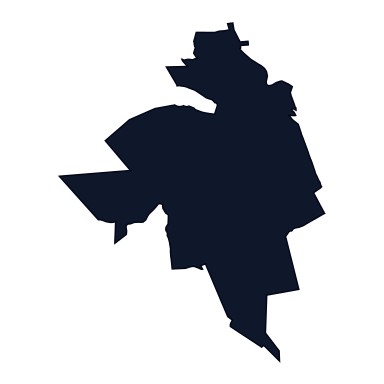 the district of Santa María Atzompa, Oaxaca, Mexico
{"feature_id": "50627088B80328221498252", "entity_name": "Santa María Atzompa", "entity_type": "district", "adm_level": 2, "iso_a3": "MEX", "parent_name": "Mexico", "parent_adm1": "Oaxaca", "projection": "mercator", "projection_center": [-96.781, 17.085], "detail": "fine", "context": "isolated", "style": "filled", "palette": "ink", "viewbox_px": 384, "rotation_deg": 0, "n_neighbors": 0, "source": "geoboundaries", "source_scale": "gbopen_adm2", "svg_char_len": 4828}
<svg xmlns="http://www.w3.org/2000/svg" viewBox="0 0 384 384"><path d="M248.0,41.3L240.1,42.0L233.9,29.9L232.8,23.0L227.6,23.7L229.4,29.9L224.4,30.8L219.1,31.2L214.8,32.5L213.4,32.5L196.3,32.4L193.8,41.5L194.2,42.6L194.2,42.8L194.3,44.2L194.6,45.9L194.7,46.3L195.3,47.4L195.3,47.9L193.7,53.1L194.0,53.7L195.1,55.4L196.1,56.8L196.9,57.9L197.3,58.2L196.6,58.4L195.7,58.5L193.8,59.3L193.1,59.6L192.7,59.8L191.7,59.7L189.7,59.4L189.1,59.4L188.0,59.3L186.5,59.6L185.7,59.8L184.5,60.1L184.1,60.1L183.8,60.1L183.1,59.8L182.1,59.2L181.9,59.2L182.1,59.7L182.2,59.8L182.2,60.0L182.5,60.5L182.8,61.1L187.5,66.5L183.6,66.6L166.4,67.0L176.9,84.8L177.0,85.8L179.2,85.6L181.7,86.0L184.2,86.3L186.2,86.8L189.4,88.1L193.1,89.5L194.8,90.1L196.5,91.2L199.3,93.0L200.9,94.1L202.7,95.3L204.4,96.5L205.9,97.6L209.1,98.8L211.8,99.5L213.8,101.4L214.9,102.7L216.0,102.9L217.0,103.5L217.4,105.5L214.6,114.3L212.5,114.0L212.4,114.0L209.5,113.6L209.3,113.6L207.8,113.3L206.7,113.2L202.4,112.3L196.6,110.2L196.3,110.2L195.9,110.0L195.6,109.6L194.7,109.4L194.3,108.4L191.5,107.1L190.2,106.6L189.0,106.1L187.1,106.7L186.2,106.6L184.3,106.2L184.2,106.1L183.4,105.7L183.1,106.0L180.1,106.7L178.8,106.5L178.6,106.7L175.8,105.7L174.8,105.0L155.0,108.6L129.4,119.8L124.4,124.2L105.3,140.7L123.5,162.2L125.7,164.8L130.6,170.5L60.2,176.2L59.4,176.3L98.3,219.7L100.3,219.7L102.2,220.2L106.4,221.7L110.2,222.4L112.1,222.4L113.8,222.1L115.6,221.6L115.6,223.2L115.5,225.5L115.4,228.6L115.3,232.1L115.1,236.5L114.9,241.8L114.9,243.2L126.2,234.5L126.4,233.5L126.6,231.0L126.3,229.0L126.1,227.5L125.9,226.5L126.8,224.8L128.1,224.0L130.5,223.8L134.1,222.4L138.0,222.1L140.8,222.2L143.0,222.1L145.7,219.9L146.6,218.0L148.0,215.4L149.5,213.4L152.0,211.1L153.5,209.6L156.1,206.7L158.4,203.8L160.0,203.6L162.9,204.4L162.7,206.3L162.9,208.3L163.8,209.8L164.1,210.2L164.5,211.2L165.2,212.2L165.9,213.2L168.2,214.7L168.4,215.9L168.3,220.0L168.1,224.0L166.1,227.1L165.9,228.1L165.8,229.7L166.0,230.5L167.4,232.9L167.3,235.6L168.5,238.1L169.6,242.5L169.9,244.8L170.3,246.9L170.6,248.9L170.5,251.4L170.6,253.1L170.8,256.2L171.3,259.8L171.6,262.5L172.2,268.9L178.4,268.6L185.4,268.3L188.5,267.3L191.9,266.4L194.3,266.4L198.6,268.0L201.3,269.3L202.5,269.2L200.7,265.6L205.5,263.9L220.9,300.4L227.8,316.6L231.9,319.7L232.5,320.2L231.7,321.4L231.0,322.8L230.4,324.2L230.4,326.5L261.7,347.1L263.8,345.3L279.5,361.0L279.1,350.9L268.0,336.4L265.4,333.0L266.7,295.1L298.8,289.3L292.4,263.8L285.9,237.9L285.2,237.2L286.4,235.3L286.9,234.6L288.1,232.9L288.7,232.0L289.7,231.2L290.3,230.9L290.7,230.9L291.3,230.9L291.7,230.9L292.2,230.2L292.8,229.3L293.1,228.9L294.3,228.3L295.0,228.0L299.1,227.2L300.7,226.6L300.8,226.4L301.8,226.2L302.6,225.9L303.3,225.5L304.5,224.9L305.2,224.4L308.5,222.5L311.1,221.0L312.2,220.4L313.0,219.9L314.8,218.9L315.0,218.8L318.7,216.7L319.1,216.4L320.2,215.8L321.2,215.2L323.5,213.9L324.6,213.4L324.2,212.8L324.0,212.4L323.6,211.6L323.3,211.1L322.6,209.8L321.9,208.5L321.6,207.9L321.2,207.2L320.7,206.3L320.5,205.9L319.8,204.7L319.3,203.6L319.1,203.3L318.5,202.1L318.3,201.8L317.8,200.8L317.7,200.6L317.5,200.3L317.0,199.2L315.9,197.3L315.1,195.7L314.7,195.0L313.6,192.9L313.5,192.7L318.0,189.6L320.0,188.3L320.6,187.8L321.2,187.1L321.6,186.7L321.0,185.9L320.5,184.4L320.0,182.5L319.8,182.0L319.6,181.9L319.0,181.0L318.8,180.5L318.7,180.2L317.7,178.1L317.4,177.5L317.1,176.8L317.1,176.7L316.7,175.9L315.9,174.4L315.7,174.1L315.5,173.5L315.3,172.7L314.9,171.5L314.2,169.3L313.8,168.2L313.6,167.6L313.4,166.9L313.1,166.0L312.7,164.9L312.2,163.3L311.4,161.2L310.8,159.6L310.4,158.8L310.0,157.7L309.8,157.1L309.5,156.5L309.4,156.2L308.9,154.7L308.6,153.7L308.0,151.9L307.0,149.1L306.3,147.2L306.0,146.3L305.7,145.6L305.1,143.8L304.9,143.3L304.7,142.9L303.9,140.7L303.3,139.0L302.8,137.8L301.9,135.5L301.7,135.0L301.5,134.4L301.3,133.8L300.9,132.4L300.4,130.8L300.2,130.3L299.7,128.7L299.2,127.3L299.0,126.6L298.6,125.6L298.4,125.0L298.3,124.7L298.1,124.2L297.8,123.9L296.9,123.3L295.7,122.3L294.2,121.2L292.8,120.0L292.2,119.4L292.0,119.2L291.7,118.9L291.2,118.2L290.4,117.0L289.7,116.3L289.1,115.9L288.8,115.6L289.3,115.5L290.1,115.4L291.0,115.4L291.5,115.4L292.5,115.5L293.6,115.6L294.4,115.6L295.3,115.5L295.7,115.4L294.7,113.5L294.1,112.3L293.4,111.7L293.1,111.4L291.6,110.1L292.2,109.5L292.6,109.0L292.7,108.9L292.9,108.7L293.2,108.6L293.4,108.6L293.7,108.8L294.5,109.4L295.2,109.8L296.0,110.2L295.9,108.0L295.0,106.8L294.5,105.0L291.0,95.4L290.3,92.5L292.3,86.7L288.5,84.1L286.5,83.2L281.9,81.0L280.4,81.2L276.2,82.6L272.3,85.0L269.6,85.7L267.5,85.4L266.4,83.9L266.2,81.4L267.4,76.0L266.5,71.8L266.4,71.5L264.6,68.6L263.5,67.6L260.8,65.5L257.9,63.9L252.2,60.3L250.3,59.0L246.9,56.0L243.7,53.2L241.2,50.6L240.4,49.8L239.7,48.8L240.6,48.2L240.5,45.7L240.4,45.4L244.4,45.2L248.3,44.9L248.3,44.3L248.0,41.3Z" fill="#0f172a" stroke="#020617" stroke-width="1.5"/></svg>